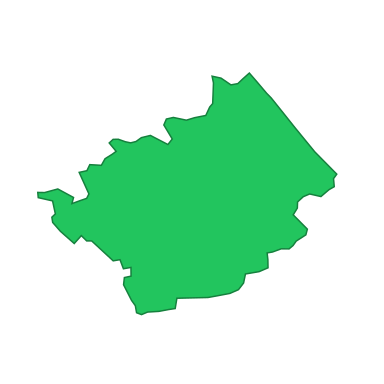 the district of Pato Bragado, Paraná, Brazil, rotated 133°
{"feature_id": "56859067B45682714407991", "entity_name": "Pato Bragado", "entity_type": "district", "adm_level": 2, "iso_a3": "BRA", "parent_name": "Brazil", "parent_adm1": "Paraná", "projection": "natural_earth1", "projection_center": [-54.242, -24.639], "detail": "fine", "context": "isolated", "style": "filled", "palette": "green", "viewbox_px": 384, "rotation_deg": 133, "n_neighbors": 0, "source": "geoboundaries", "source_scale": "gbopen_adm2", "svg_char_len": 1357}
<svg xmlns="http://www.w3.org/2000/svg" viewBox="0 0 384 384"><g transform="rotate(133 192 192)"><path d="M306.0,277.3L309.3,273.1L310.5,261.3L310.0,243.0L299.4,243.2L299.6,235.7L296.2,232.0L296.1,202.7L290.6,198.5L294.9,189.8L288.8,185.2L295.1,179.2L300.7,183.1L306.5,178.8L312.5,162.3L313.8,155.9L318.1,150.2L316.1,145.3L310.1,142.6L301.9,134.8L294.0,129.0L288.7,124.8L280.0,130.6L258.3,108.4L250.8,102.8L240.3,95.1L231.7,91.4L223.4,92.2L215.5,97.0L204.5,88.6L195.6,84.7L189.8,90.3L185.3,95.5L181.0,92.2L172.7,88.0L167.4,82.2L162.2,81.6L156.8,82.3L145.7,79.5L140.5,82.3L139.7,102.4L131.9,104.0L127.3,108.0L119.5,107.4L113.2,104.6L107.4,94.6L96.9,93.4L91.1,91.6L85.7,97.6L80.2,98.3L79.9,105.9L78.9,129.6L74.7,160.7L72.5,175.5L69.2,198.2L68.9,204.8L67.2,219.1L65.9,231.2L74.7,232.0L81.5,232.4L87.1,236.6L88.9,248.4L93.6,256.3L97.6,250.7L104.5,244.7L113.2,237.2L117.8,237.0L126.6,234.1L135.9,240.8L143.3,245.1L150.2,256.5L156.1,260.5L162.2,258.3L166.7,242.6L173.7,242.0L179.0,261.0L186.8,266.1L193.3,267.4L197.9,270.4L200.7,275.0L203.7,281.9L207.3,285.6L212.6,286.0L214.0,275.2L218.8,276.1L226.9,278.3L234.3,276.5L241.7,285.4L248.1,283.4L254.6,287.9L263.7,266.1L268.5,264.7L274.7,268.0L282.4,271.9L276.8,274.9L281.3,292.2L292.9,299.4L297.5,304.5L301.0,300.6L293.6,287.9L301.2,277.0L306.0,277.3Z" fill="#22c55e" stroke="#15803d" stroke-width="1.5"/></g></svg>